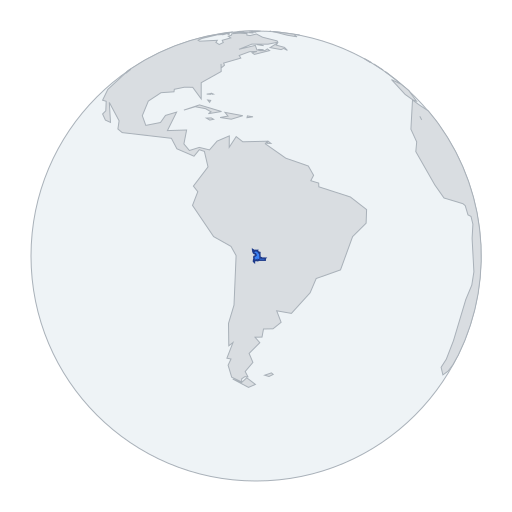 the Earth from above Chuquisaca
{"feature_id": "BOL-1292", "entity_name": "Chuquisaca", "entity_type": "Department", "adm_level": 1, "iso_a3": "BOL", "parent_name": "Bolivia", "parent_adm1": "", "projection": "orthographic", "projection_center": [-64.786, -19.94], "detail": "fine", "context": "on_globe", "style": "filled", "palette": "blue", "viewbox_px": 512, "rotation_deg": 0, "n_neighbors": 0, "source": "natural_earth", "source_scale": "10m", "svg_char_len": 6202}
<svg xmlns="http://www.w3.org/2000/svg" viewBox="0 0 512 512"><circle cx="256" cy="256" r="225" fill="#eef3f6" stroke="#a8b0b8"/><path d="M222.8,33.2L222.5,33.3L225.8,32.7L231.2,32.1L232.8,31.9L231.0,32.3L223.9,33.2L202.1,38.4L198.1,40.2L199.5,41.2L217.3,40.3L215.9,42.4L219.2,44.5L223.3,42.5L222.2,40.3L230.7,37.9L228.3,36.2L231.4,35.2L231.9,33.7L239.6,33.2L246.9,33.6L246.9,35.1L250.1,35.6L256.4,34.0L262.5,37.2L277.1,40.9L277.9,42.2L267.9,44.2L251.9,44.1L239.0,49.3L255.3,45.4L256.9,49.9L260.4,50.7L264.9,50.6L267.4,48.9L269.6,50.6L254.4,54.4L252.1,52.8L257.0,51.4L249.5,51.7L239.2,55.5L240.8,58.1L223.6,63.1L224.5,65.2L221.3,67.9L221.0,63.9L221.2,71.5L201.2,82.7L201.2,98.9L192.7,87.3L184.4,87.2L174.3,89.3L174.0,91.8L161.0,92.7L148.3,101.1L142.3,115.7L145.8,125.4L160.5,122.5L165.5,115.4L176.6,112.1L167.4,130.6L186.6,130.0L183.9,143.9L189.4,150.5L199.3,147.4L209.5,149.9L217.1,141.1L229.3,135.9L229.2,147.3L236.2,136.6L242.8,141.8L267.2,141.2L265.3,143.8L285.8,158.2L308.3,166.0L313.6,175.3L310.8,180.7L318.7,183.1L318.8,186.8L350.4,197.0L366.6,209.6L366.1,223.2L352.6,236.6L340.5,269.9L316.2,278.5L310.1,292.8L291.4,313.4L276.7,310.8L281.1,322.3L273.0,328.8L263.5,329.0L262.0,337.1L255.0,337.2L259.8,342.7L249.1,353.4L252.9,362.4L245.2,371.5L247.9,376.8L244.8,376.7L241.7,378.8L241.6,381.9L231.7,377.2L228.1,365.2L231.0,359.0L226.9,358.2L233.0,342.5L228.8,345.8L228.5,323.4L234.0,305.1L236.1,255.6L231.0,246.4L213.6,236.6L192.5,205.4L197.8,191.7L193.4,186.1L208.0,166.9L204.4,151.4L199.3,149.7L194.0,156.2L176.9,148.8L171.4,138.3L122.2,132.6L117.9,129.0L119.1,120.8L109.3,102.4L110.5,122.4L105.4,120.1L102.6,114.0L105.8,110.8L106.2,101.3L102.6,100.2L107.8,89.4L126.1,72.5L126.2,73.0L130.6,69.5L130.6,68.9L129.6,69.5L130.6,68.9L144.7,60.1L159.4,52.5L174.7,45.9L190.4,40.5L206.5,36.2L222.8,33.2ZM199.5,104.9L221.5,111.5L208.4,113.7L211.0,111.8L205.6,108.7L195.2,106.7L183.9,110.1L199.5,104.9ZM210.6,94.3L206.7,94.1L210.6,93.6L210.6,94.3ZM128.4,70.3L130.2,69.3L128.4,70.9L126.4,72.0L128.4,70.3ZM227.6,34.3L229.7,34.0L228.5,34.4L227.6,34.3ZM225.8,34.0L223.0,34.7L221.7,34.7L223.5,34.3L225.8,34.0ZM229.7,33.3L219.9,34.7L217.7,34.8L222.7,33.5L229.7,33.3ZM248.5,387.4L232.7,379.0L241.4,382.7L246.8,377.8L255.4,384.4L248.5,387.4ZM264.7,375.2L271.4,372.9L273.2,374.4L269.0,376.5L264.7,375.2ZM434.9,119.1L437.0,121.8L438.6,124.0L447.6,137.5L455.7,151.7L462.7,166.4L468.6,181.5L473.4,197.0L477.1,212.9L479.6,228.9L481.0,245.2L481.2,261.4L480.2,277.7L478.1,293.8L474.8,309.7L470.3,325.4L464.8,340.6L458.1,355.5L457.3,356.8L452.8,364.9L448.1,371.1L442.9,374.9L441.1,367.3L446.3,359.2L453.5,340.6L465.8,299.5L471.8,285.1L473.9,271.8L472.1,238.4L472.9,224.2L471.0,216.4L468.0,214.9L465.2,205.6L462.9,203.7L444.0,198.0L434.8,184.9L415.8,151.6L416.7,141.9L410.9,129.2L412.5,100.0L419.5,105.1L428.2,110.8L434.9,119.1ZM409.3,90.9L408.5,90.2L416.5,101.2L413.0,100.0L405.2,94.5L391.5,79.6L400.8,84.1L396.1,79.9L385.1,71.7L388.8,74.1L385.5,71.7L386.7,72.5L409.3,90.9ZM419.8,116.3L421.6,119.7L421.7,119.8L419.8,116.3ZM268.0,141.1L270.9,143.4L267.0,143.3L268.0,141.1ZM206.4,118.1L211.2,117.9L213.6,119.3L209.8,120.1L206.4,118.1ZM247.4,115.9L253.0,116.8L247.0,117.7L247.4,115.9ZM225.0,112.4L242.8,115.7L231.3,119.2L220.1,117.5L228.0,116.1L225.0,112.4ZM207.7,100.0L210.7,100.4L209.6,102.3L207.7,100.0ZM213.4,94.1L212.2,94.3L210.8,93.0L213.4,94.1ZM257.7,49.7L259.0,49.4L263.5,49.6L261.2,50.4L257.7,49.7ZM284.5,47.4L287.4,50.4L283.7,48.5L281.1,49.6L270.1,47.6L277.7,42.8L276.2,45.1L284.5,47.4ZM257.5,44.4L263.7,45.7L256.7,44.6L257.5,44.4ZM364.3,58.5L368.1,60.6L371.5,62.6L369.8,62.2L364.9,59.0L364.3,58.5ZM383.1,70.0L379.7,68.0L379.3,67.5L375.6,65.1L373.8,64.0L383.1,70.0ZM322.3,40.7L322.2,40.7L322.3,40.7ZM240.4,31.4L237.5,31.7L239.9,31.4L240.4,31.4ZM250.3,30.8L253.0,30.8L250.3,30.9L260.5,31.1L257.4,31.6L250.9,31.3L256.2,32.2L249.1,32.2L253.4,33.0L239.2,32.2L233.0,32.7L241.1,31.9L244.1,31.3L243.5,31.2L239.0,31.4L250.3,30.8ZM299.7,35.0L295.5,34.4L294.7,35.1L297.0,36.8L287.2,35.2L278.8,33.0L272.4,31.5L274.3,31.5L299.7,35.0ZM271.1,31.2L269.8,31.1L269.7,31.1L271.1,31.2Z" fill="#d9dde1" stroke="#a8b0b8" stroke-width="1"/><path d="M265.5,258.2L265.4,258.3L265.3,258.5L265.2,258.6L265.2,260.2L259.4,260.2L259.0,260.2L258.9,260.2L258.9,259.9L258.8,260.0L258.7,260.0L258.7,259.9L258.4,259.8L258.2,259.7L258.2,259.8L258.2,260.0L258.2,260.3L258.2,260.5L257.9,260.7L257.6,260.7L257.4,260.6L257.2,260.5L256.9,260.5L256.8,260.3L256.8,260.2L256.7,260.1L256.5,259.9L256.4,259.9L256.2,260.0L256.1,260.3L256.0,260.5L255.9,260.5L255.7,260.5L255.7,260.4L255.5,260.2L255.4,260.2L255.2,260.2L254.9,260.0L254.7,260.0L254.5,260.8L254.5,261.0L254.5,261.3L254.4,262.0L254.4,262.3L254.1,262.0L253.5,261.5L253.5,261.3L253.5,261.2L253.5,260.8L253.5,260.7L253.6,260.0L253.7,259.5L253.8,259.4L253.8,259.1L254.1,258.3L253.9,257.3L253.8,257.2L253.9,256.9L254.0,256.7L254.0,256.4L254.3,256.2L254.5,256.2L254.9,256.1L255.0,256.1L255.7,255.7L256.0,255.4L256.1,255.2L256.0,254.9L255.7,254.5L255.7,254.4L255.7,254.2L255.6,253.9L255.4,253.7L255.2,253.7L254.9,253.8L254.7,253.8L254.4,253.6L254.1,253.5L254.0,253.4L253.8,253.3L253.7,253.1L253.5,252.9L253.4,252.8L253.3,252.7L253.2,252.4L253.4,252.0L253.5,252.0L253.5,251.9L253.4,251.9L253.4,251.7L253.5,251.4L253.6,251.2L253.3,251.1L252.9,251.3L252.8,251.2L252.9,250.6L252.8,250.4L252.9,250.2L252.7,250.1L252.6,249.8L252.6,249.7L252.7,249.8L252.8,249.8L253.0,249.8L253.1,250.0L253.3,249.9L253.7,250.0L253.8,250.1L254.0,250.2L254.1,250.3L254.3,250.5L254.3,250.8L254.5,250.8L254.9,250.9L254.9,251.0L255.0,250.9L255.0,250.7L255.3,250.5L255.5,250.4L255.8,250.3L256.0,250.3L256.1,250.5L256.3,250.4L256.4,250.5L256.5,250.6L256.6,250.8L256.8,251.0L257.0,251.0L257.4,250.8L257.5,250.7L257.5,250.8L257.7,251.0L257.7,251.3L257.8,251.4L257.8,251.5L258.0,251.7L258.1,251.8L258.2,252.0L258.3,252.1L258.5,252.1L258.6,252.3L258.8,252.9L258.9,253.0L259.0,253.0L259.2,252.9L259.3,252.8L259.3,252.5L259.4,252.4L259.5,252.4L259.6,252.5L259.8,252.4L259.9,252.5L259.8,253.1L259.8,253.4L259.9,256.1L260.0,256.3L260.1,257.9L260.2,258.0L260.3,258.0L260.5,258.0L260.8,258.0L260.8,257.9L261.0,257.9L261.2,257.7L261.3,257.7L261.3,257.8L261.4,258.1L261.5,258.1L265.5,258.2Z" fill="#3b82f6" stroke="#1e3a8a" stroke-width="1.5"/></svg>